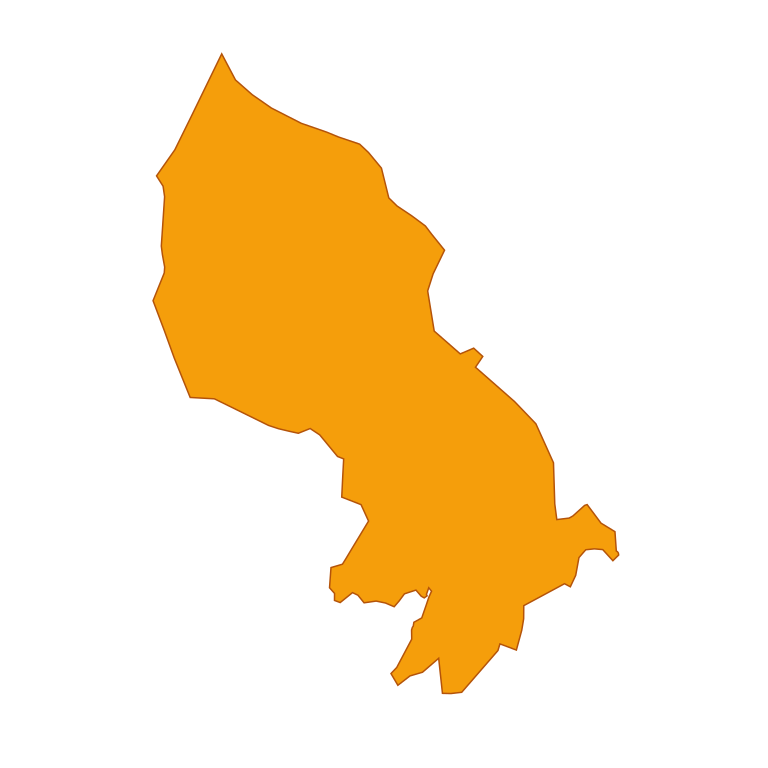 outline of Guzamala, Borno, Nigeria, rotated 11°
{"feature_id": "59680162B36028411577107", "entity_name": "Guzamala", "entity_type": "district", "adm_level": 2, "iso_a3": "NGA", "parent_name": "Nigeria", "parent_adm1": "Borno", "projection": "equal_earth", "projection_center": [13.284, 12.86], "detail": "fine", "context": "isolated", "style": "filled", "palette": "amber", "viewbox_px": 768, "rotation_deg": 11, "n_neighbors": 0, "source": "geoboundaries", "source_scale": "gbopen_adm2", "svg_char_len": 1621}
<svg xmlns="http://www.w3.org/2000/svg" viewBox="0 0 768 768"><g transform="rotate(11 384 384)"><path d="M642.4,513.8L647.0,507.1L646.3,505.2L645.2,504.1L643.9,503.6L638.9,484.9L623.6,479.2L606.4,463.6L604.1,464.9L594.6,477.5L591.3,480.3L579.5,484.1L574.5,469.1L565.4,429.0L540.7,394.1L515.6,376.4L470.6,350.1L475.7,338.1L465.2,331.7L453.1,339.9L423.2,322.5L409.1,284.3L411.2,266.5L417.9,241.1L402.0,227.7L394.5,221.0L379.1,213.6L362.9,206.8L353.2,200.4L340.3,172.6L324.6,159.7L314.3,153.2L292.1,150.2L279.7,147.7L253.1,143.9L220.8,134.6L199.3,125.1L180.2,113.9L161.7,90.9L143.9,157.6L134.0,194.0L121.0,223.1L129.4,232.0L132.9,242.0L139.1,291.1L141.8,299.3L146.4,311.1L147.1,316.9L141.4,346.3L158.3,373.7L173.2,398.6L196.3,434.2L220.3,430.9L278.6,446.7L288.9,448.0L300.4,448.5L309.3,448.7L320.0,441.8L330.6,446.2L352.2,464.0L358.7,465.2L361.3,483.8L364.1,503.1L384.5,506.8L395.0,521.5L384.2,550.9L380.0,562.5L377.6,568.8L373.6,570.9L367.0,574.3L369.4,594.4L375.4,599.0L376.7,605.9L382.7,606.9L392.9,594.8L398.7,596.3L406.2,602.6L417.7,598.6L427.2,598.7L436.5,600.7L440.2,594.2L444.1,586.1L447.8,584.0L454.7,580.2L461.0,585.2L464.3,586.3L466.7,583.7L465.8,582.4L466.8,575.5L470.2,578.3L468.7,584.7L467.6,593.1L465.7,606.4L458.8,612.2L458.9,616.2L458.3,617.4L458.0,620.2L459.9,629.2L450.6,659.8L446.1,666.9L455.1,677.1L465.2,665.6L476.8,659.6L490.0,642.8L500.4,676.5L508.7,675.1L519.1,671.8L546.7,623.9L547.4,617.0L564.7,619.9L566.2,599.5L565.9,587.9L563.5,574.9L599.3,545.6L605.6,547.5L608.7,535.2L608.5,517.2L613.7,508.2L621.9,505.7L630.3,504.8L642.4,513.8Z" fill="#f59e0b" stroke="#b45309" stroke-width="1.5"/></g></svg>